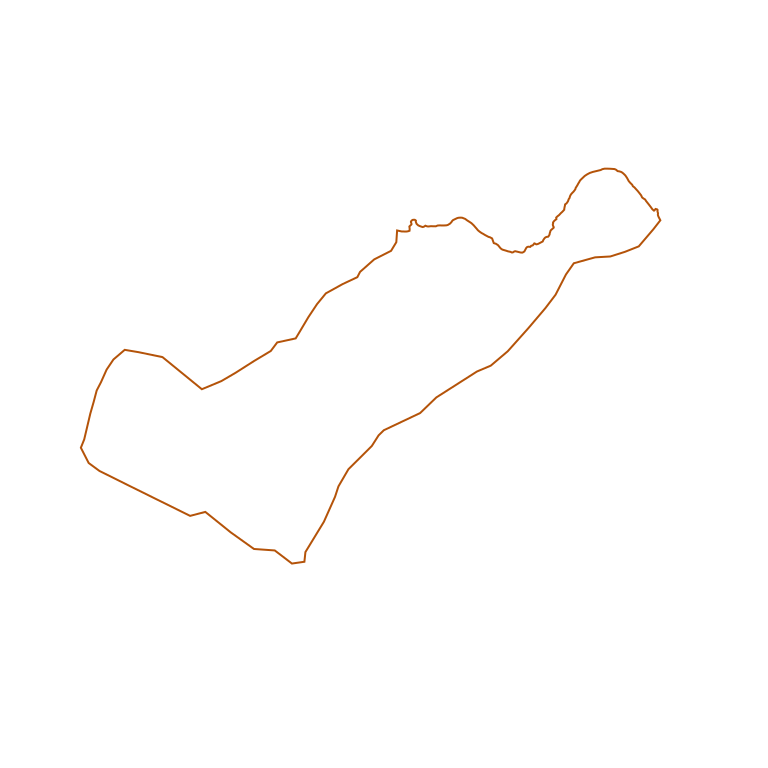 outline of Ouani, Andjouân, Comoros, rotated 75°
{"feature_id": "10938185B16418977449415", "entity_name": "Ouani", "entity_type": "district", "adm_level": 2, "iso_a3": "COM", "parent_name": "Comoros", "parent_adm1": "Andjouân", "projection": "mercator", "projection_center": [44.433, -12.159], "detail": "fine", "context": "isolated", "style": "outline", "palette": "amber", "viewbox_px": 768, "rotation_deg": 75, "n_neighbors": 0, "source": "geoboundaries", "source_scale": "gbopen_adm2", "svg_char_len": 3301}
<svg xmlns="http://www.w3.org/2000/svg" viewBox="0 0 768 768"><g transform="rotate(75 384 384)"><path d="M297.4,74.7L293.2,75.6L291.5,75.7L289.9,75.1L288.3,75.2L286.7,74.7L286.0,75.0L285.2,76.4L286.4,78.0L286.4,78.4L284.6,79.6L282.4,80.4L279.0,81.8L275.1,83.5L273.4,84.0L271.9,85.4L270.6,86.4L268.3,86.8L265.0,88.2L263.2,89.0L260.7,90.3L258.9,91.2L257.4,92.4L255.8,92.7L253.4,94.1L251.3,95.1L247.9,95.9L245.0,96.9L242.8,98.2L241.4,99.2L240.5,100.1L239.5,101.7L238.8,103.3L237.3,104.2L236.1,105.6L235.6,107.0L234.6,109.9L234.0,111.9L233.1,115.2L233.0,117.5L233.4,119.3L233.2,127.4L233.4,130.6L234.1,133.6L235.0,136.3L237.4,140.7L238.2,142.0L239.4,143.1L240.8,144.6L242.1,145.8L243.3,147.1L244.2,148.1L245.4,148.8L246.4,150.0L247.3,151.2L248.1,152.6L249.0,154.0L250.0,155.1L251.0,155.9L252.3,156.6L253.2,157.7L255.1,159.0L255.9,159.9L256.8,161.0L257.4,162.6L258.4,163.0L260.1,163.9L261.6,164.6L262.3,164.8L263.1,166.0L264.0,167.5L264.7,168.9L266.1,171.1L266.9,173.0L267.8,174.6L269.4,174.8L270.1,176.6L270.8,177.8L271.7,178.9L272.7,179.1L273.4,179.6L274.7,179.8L276.1,179.5L276.9,179.6L277.6,180.9L278.6,182.9L279.2,183.6L280.1,184.1L281.3,184.9L282.5,185.4L283.6,186.5L284.2,187.3L284.0,189.1L284.3,190.4L284.9,191.4L286.1,192.8L287.4,193.8L287.7,195.1L288.2,197.3L288.5,198.5L288.6,199.6L288.5,200.8L287.3,202.0L287.1,202.4L287.6,203.0L288.6,204.5L288.6,206.1L289.4,207.2L288.7,209.2L288.8,210.4L289.4,211.4L292.3,214.1L292.9,216.1L292.8,216.7L292.3,218.1L290.8,220.8L289.7,222.9L289.7,223.8L290.2,225.4L290.1,226.4L289.1,227.6L287.9,230.0L287.0,231.3L284.8,234.9L283.4,236.1L282.2,236.7L280.8,237.3L279.3,238.0L278.1,239.1L277.5,239.6L276.9,240.6L276.3,241.5L271.4,241.9L270.7,242.6L269.6,243.8L269.0,244.9L267.7,246.3L266.0,248.1L264.7,249.3L263.4,250.7L261.5,252.3L259.8,253.5L257.8,254.4L256.2,255.2L253.9,256.3L253.6,256.5L251.3,257.9L249.6,259.4L247.3,261.5L245.6,262.8L244.4,264.4L243.6,265.5L243.0,267.4L242.7,269.1L242.7,270.3L243.2,273.1L243.6,275.0L244.2,276.0L245.1,277.0L246.2,278.8L246.9,281.2L246.9,282.6L246.5,284.5L246.0,286.5L245.1,289.6L244.8,291.3L245.1,293.1L244.3,295.9L243.7,297.8L243.4,300.0L243.0,301.4L241.8,303.1L242.1,303.8L242.4,304.9L242.4,306.0L241.8,307.0L240.7,308.6L239.6,309.9L238.5,310.6L237.6,311.1L236.6,311.2L235.4,311.3L234.4,310.9L233.5,311.6L233.1,312.4L232.9,314.0L233.3,314.9L234.0,315.9L234.7,316.1L235.4,316.0L236.4,316.0L237.0,316.2L238.4,318.7L241.0,319.1L242.6,319.7L242.7,321.3L242.5,323.1L241.2,327.5L239.1,331.6L250.2,335.4L257.2,342.7L261.1,361.2L269.5,378.1L273.9,382.1L276.8,398.2L281.4,416.7L289.5,428.0L299.8,439.7L311.6,451.8L317.1,457.5L316.2,476.4L322.8,484.8L328.2,503.7L334.7,524.3L339.1,540.4L341.9,561.3L300.7,591.0L289.8,612.7L283.9,625.6L290.3,639.0L298.3,648.2L309.0,656.9L315.9,663.2L326.2,669.1L336.5,675.3L359.9,687.9L367.1,693.3L383.9,689.7L394.4,681.3L416.4,656.4L436.7,633.3L461.2,605.4L461.3,589.7L487.7,570.4L509.7,552.3L516.5,532.6L533.6,519.4L535.1,506.9L526.0,503.4L501.5,477.7L480.3,460.5L471.1,454.5L457.1,440.4L454.7,436.2L445.6,420.3L440.7,411.8L432.2,402.5L428.6,396.1L421.4,356.6L410.5,336.9L396.0,291.0L393.9,276.1L384.4,256.0L367.5,230.2L352.5,208.5L342.2,195.2L325.3,179.9L316.5,169.4L316.3,147.3L319.4,132.4L318.7,117.1L317.0,102.3L304.2,83.7L297.4,74.7Z" fill="none" stroke="#b45309" stroke-width="2"/></g></svg>